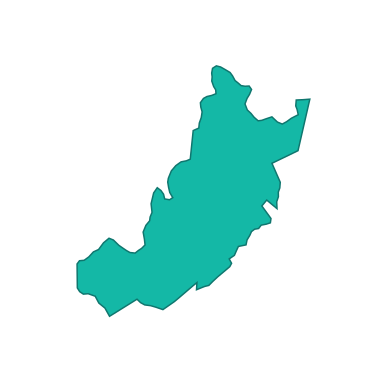 outline of Malta, Paraíba, Brazil, rotated 231°
{"feature_id": "56859067B76559987964982", "entity_name": "Malta", "entity_type": "district", "adm_level": 2, "iso_a3": "BRA", "parent_name": "Brazil", "parent_adm1": "Paraíba", "projection": "mercator", "projection_center": [-37.521, -6.885], "detail": "fine", "context": "isolated", "style": "filled", "palette": "teal", "viewbox_px": 384, "rotation_deg": 231, "n_neighbors": 0, "source": "geoboundaries", "source_scale": "gbopen_adm2", "svg_char_len": 1817}
<svg xmlns="http://www.w3.org/2000/svg" viewBox="0 0 384 384"><g transform="rotate(231 192 192)"><path d="M190.0,342.0L194.0,336.2L197.9,330.9L193.6,326.8L190.0,325.6L185.2,323.2L186.8,315.6L187.1,309.7L188.0,304.9L192.6,302.4L200.1,301.4L202.1,296.1L203.8,291.3L205.7,288.2L211.0,287.3L216.0,287.3L220.9,286.6L227.1,288.6L230.1,293.7L231.7,298.2L234.2,302.8L238.4,303.1L240.8,299.8L243.8,297.1L247.9,296.4L251.5,295.6L256.8,296.6L260.9,296.8L266.1,294.9L271.2,292.9L274.7,290.3L275.2,285.8L272.0,282.1L268.8,280.1L265.8,277.2L260.3,275.2L256.5,274.7L253.3,272.5L254.7,268.0L256.8,263.7L257.5,259.8L256.1,254.7L252.5,252.3L247.9,250.3L244.0,246.0L241.0,241.1L237.4,237.5L239.0,231.6L218.6,211.3L219.8,207.2L222.3,202.5L222.7,196.1L221.4,189.2L217.6,182.3L215.0,179.4L210.5,176.8L205.6,174.4L199.7,173.5L200.1,169.7L203.8,166.4L208.2,168.5L212.6,168.8L217.2,167.7L215.4,161.6L208.6,152.8L201.3,148.1L198.9,143.7L196.3,141.0L195.1,135.2L191.6,128.8L185.4,125.4L180.4,122.2L179.9,117.3L180.3,113.5L180.3,109.4L184.0,105.7L187.8,104.2L192.1,102.9L196.6,101.6L204.2,100.7L208.3,98.4L208.2,91.3L206.1,83.2L207.5,77.7L206.5,71.0L206.8,65.2L209.4,61.3L208.4,57.4L189.6,42.5L185.2,42.0L181.0,43.3L178.3,47.3L171.9,51.2L164.3,49.7L156.6,51.3L147.3,49.7L143.3,81.8L138.4,82.4L134.0,84.2L129.7,88.3L125.1,91.5L118.9,95.4L117.9,109.4L118.0,115.5L118.5,133.6L118.5,138.8L113.2,134.0L111.7,139.0L110.6,142.5L108.8,146.3L109.4,151.6L109.9,158.5L110.2,174.4L111.7,177.9L116.6,178.8L116.1,185.1L118.5,189.7L120.5,193.8L116.9,200.7L120.1,204.6L122.0,209.8L123.8,213.3L123.7,217.2L121.7,220.8L122.7,224.9L120.3,229.4L118.7,233.5L121.7,236.7L137.2,237.5L138.7,245.0L125.6,247.6L131.1,251.7L134.0,256.2L137.6,259.0L139.9,262.8L144.0,266.7L164.0,272.2L157.4,300.4L190.0,342.0Z" fill="#14b8a6" stroke="#0f766e" stroke-width="1.5"/></g></svg>